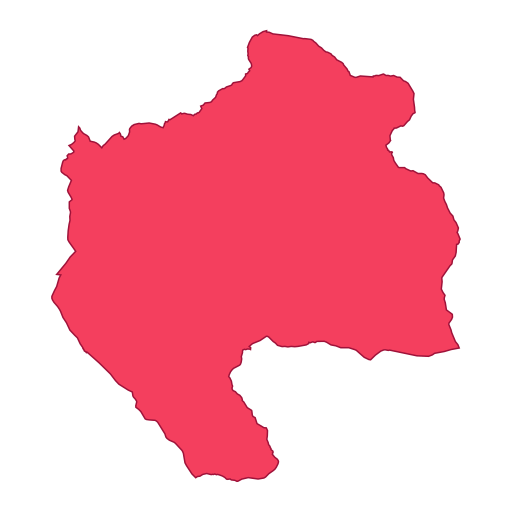 the district of Damuc, Neamt, Romania
{"feature_id": "2599482B61990018095073", "entity_name": "Damuc", "entity_type": "district", "adm_level": 2, "iso_a3": "ROU", "parent_name": "Romania", "parent_adm1": "Neamt", "projection": "equal_earth", "projection_center": [25.893, 46.736], "detail": "fine", "context": "isolated", "style": "filled", "palette": "rose", "viewbox_px": 512, "rotation_deg": 0, "n_neighbors": 0, "source": "geoboundaries", "source_scale": "gbopen_adm2", "svg_char_len": 5950}
<svg xmlns="http://www.w3.org/2000/svg" viewBox="0 0 512 512"><path d="M389.6,350.1L416.9,355.8L428.6,356.3L432.3,354.9L434.6,353.3L444.3,351.5L451.2,349.5L459.2,348.0L457.9,344.7L455.4,341.6L451.7,332.7L451.0,329.9L448.8,324.5L448.9,323.2L451.6,319.4L452.5,317.1L452.3,314.3L446.4,309.9L445.3,302.8L444.2,299.4L444.3,297.8L445.0,295.3L443.0,292.5L441.3,289.1L442.1,281.8L441.8,278.0L442.0,277.3L450.1,265.6L451.7,264.1L452.0,263.3L452.5,259.9L455.3,256.0L456.1,252.4L456.6,244.4L458.0,244.1L459.2,242.4L459.2,241.0L460.1,239.1L457.9,233.7L457.1,232.5L457.8,230.8L458.4,228.0L456.1,222.7L453.9,219.8L452.9,216.1L450.1,213.0L447.5,207.9L446.4,204.5L444.8,201.4L443.6,198.1L444.0,194.8L443.7,192.9L441.0,187.3L439.2,185.7L438.7,184.8L434.8,182.9L432.7,182.8L427.7,178.0L425.3,174.8L423.4,173.8L421.8,173.5L418.0,173.5L413.0,170.7L411.0,171.0L410.3,170.8L405.8,168.7L404.6,167.6L399.1,167.6L398.3,167.2L395.1,162.6L393.8,160.4L393.3,157.6L391.8,155.0L391.6,153.4L392.3,152.4L392.0,151.9L389.5,151.9L388.6,150.3L387.7,150.1L387.5,148.9L386.5,147.4L385.9,145.2L388.9,142.9L390.6,140.4L390.3,139.9L389.9,135.7L392.4,130.4L393.6,129.3L394.1,128.2L396.5,128.0L400.8,125.9L402.7,126.2L403.9,125.6L407.4,121.6L409.5,119.8L411.2,116.1L413.1,113.6L414.9,112.8L415.1,112.4L414.7,110.6L414.5,107.2L413.4,99.3L414.0,93.6L412.8,91.1L408.1,83.3L405.5,81.5L403.5,80.8L400.1,77.3L397.1,77.1L393.6,75.5L390.6,76.1L388.1,75.4L386.0,75.5L383.7,74.1L383.1,74.1L378.7,75.6L376.6,75.4L375.3,75.6L374.7,76.0L373.3,76.0L373.1,76.9L360.3,76.0L356.4,77.3L355.0,77.4L350.3,75.4L348.9,71.6L348.0,71.1L347.0,68.9L343.8,65.2L343.1,63.6L341.6,62.3L336.7,59.8L334.6,57.0L332.1,55.4L331.0,53.9L327.6,52.2L326.1,52.0L323.8,50.4L321.5,47.9L318.6,46.1L315.9,43.0L313.6,41.3L312.9,40.4L311.1,39.4L304.8,38.6L303.4,38.7L288.3,35.7L272.9,33.9L269.3,32.3L266.5,32.0L266.6,30.7L263.1,31.6L259.5,33.8L257.5,35.6L256.6,34.8L254.7,35.3L252.3,37.1L249.4,42.4L247.5,47.5L248.0,48.1L247.8,51.3L248.1,53.7L247.8,55.7L248.5,56.7L248.3,57.9L248.6,59.3L251.3,63.6L251.7,66.1L251.1,67.6L248.9,69.2L249.7,70.7L249.5,71.1L248.3,72.1L247.5,73.5L245.6,74.0L245.6,75.9L243.0,79.4L241.9,80.7L240.0,81.6L233.5,82.7L232.6,83.4L231.7,85.0L230.8,85.5L226.3,87.0L225.4,87.9L224.0,88.7L222.7,88.6L218.7,90.8L217.5,92.1L217.2,93.8L216.5,94.7L215.6,97.3L212.6,100.1L211.5,101.7L210.1,102.4L205.0,103.0L203.3,105.1L200.7,106.1L201.8,108.6L199.3,112.2L198.5,112.8L197.4,112.9L196.2,114.0L194.7,114.3L193.3,115.7L190.8,114.5L187.4,114.2L185.3,113.5L184.2,113.3L181.7,113.9L180.7,112.9L169.9,119.8L169.0,119.4L167.7,121.8L166.5,121.9L165.5,121.6L165.2,122.7L164.5,123.7L164.2,125.3L163.1,127.7L160.8,127.1L157.1,124.9L155.3,124.2L149.2,123.0L141.2,123.8L139.0,123.4L134.0,124.6L133.0,125.5L132.4,125.5L130.8,127.2L129.8,128.6L129.5,129.3L129.6,132.0L128.3,135.7L125.8,138.4L124.1,139.2L122.7,136.7L121.0,136.3L120.4,134.0L119.4,132.5L118.6,133.4L114.2,135.0L112.0,136.5L105.1,144.2L103.2,145.6L101.8,147.8L98.3,144.3L96.2,142.9L94.3,142.1L90.2,141.2L88.5,136.9L86.8,135.4L83.9,133.8L82.8,132.9L80.6,130.4L79.8,128.1L78.6,126.8L78.0,131.8L74.6,136.2L74.8,139.2L75.2,140.5L75.0,141.2L73.8,142.6L71.4,144.5L69.0,145.5L73.9,151.1L73.7,152.2L71.7,153.5L70.5,154.0L68.7,154.0L67.1,155.8L67.6,157.2L67.6,158.4L67.3,158.7L66.6,158.8L65.7,159.9L65.2,159.6L64.1,160.1L63.4,160.6L62.7,162.1L61.1,168.4L61.1,171.1L61.8,172.3L64.7,174.6L66.9,175.7L71.4,180.4L68.7,186.8L67.6,190.3L68.1,192.2L71.3,197.6L72.0,199.2L72.0,199.7L69.3,201.9L69.3,208.4L70.4,211.4L70.5,212.7L69.8,216.4L70.0,220.4L69.1,224.3L68.2,230.7L67.8,237.3L67.9,239.8L69.1,242.0L75.7,251.3L70.2,257.0L65.8,263.4L56.7,274.4L60.8,274.9L59.1,278.1L56.7,286.5L54.5,290.6L51.9,296.3L51.9,298.3L52.5,299.9L54.1,302.5L57.6,306.5L59.4,309.2L60.5,311.2L63.0,317.5L66.5,322.8L69.9,330.1L74.8,335.3L77.4,337.8L80.2,343.8L82.8,347.6L82.8,348.2L83.4,348.7L83.3,349.0L83.9,350.0L84.2,350.1L84.4,351.0L85.9,351.8L86.2,352.5L86.7,352.7L87.0,352.2L87.3,352.3L99.3,363.0L110.4,373.9L115.5,380.6L118.9,384.2L128.1,390.0L132.3,392.0L132.9,395.9L133.6,397.2L135.1,398.8L136.6,401.1L136.7,402.0L135.8,405.7L135.9,407.3L138.6,409.3L140.8,411.5L145.2,418.9L146.5,419.5L149.4,419.9L155.0,420.3L156.4,421.0L157.7,422.2L164.9,433.8L165.9,437.0L167.0,438.4L169.4,440.2L174.2,442.3L175.5,443.4L181.9,450.3L182.6,451.4L183.4,453.4L185.0,462.8L186.5,465.6L192.0,474.0L195.7,477.7L197.5,476.5L199.9,476.2L202.8,474.4L206.7,473.5L211.2,474.6L212.6,474.3L213.4,474.5L214.8,474.0L216.4,474.7L217.4,474.4L219.1,474.8L222.4,476.0L224.9,477.5L226.5,479.1L227.6,479.3L230.1,479.0L231.3,479.9L234.8,480.3L236.9,481.3L237.9,481.2L241.8,479.1L248.2,477.6L258.1,479.0L263.9,478.0L265.6,477.0L268.8,473.7L273.1,470.7L274.9,469.2L276.3,467.2L278.0,463.8L278.5,461.8L278.3,460.9L277.4,459.3L274.8,457.3L272.4,454.4L272.7,453.8L272.5,452.8L273.1,452.2L272.8,451.1L271.0,449.6L271.0,448.6L270.1,447.3L270.0,446.4L268.6,444.6L268.2,442.7L266.8,439.3L267.3,436.0L267.5,430.6L266.3,427.9L263.9,427.7L257.0,423.6L255.1,417.6L253.0,416.5L252.3,415.1L251.8,410.9L251.5,410.3L247.2,407.6L243.8,402.0L242.2,400.5L242.3,399.5L241.7,397.6L239.8,395.3L237.3,393.9L235.4,391.7L233.1,390.6L232.3,389.5L232.0,388.0L232.6,386.1L232.0,384.7L231.4,381.2L229.8,377.8L228.7,376.6L229.3,374.5L230.6,371.7L232.3,369.5L233.6,368.3L239.7,365.1L240.5,364.1L241.2,362.1L241.7,358.9L241.3,356.6L242.5,352.7L242.5,351.0L242.9,349.9L244.4,349.3L245.7,349.6L247.4,349.0L249.7,349.1L250.5,349.5L250.7,347.7L249.2,346.4L252.5,343.6L260.1,340.5L266.3,336.3L267.7,336.4L268.9,337.2L273.2,341.5L275.5,343.1L277.5,345.3L282.1,346.6L284.9,346.4L287.9,346.9L291.2,346.4L294.8,346.7L298.0,346.4L306.2,344.9L308.6,343.6L308.9,342.3L310.1,342.8L312.9,341.8L314.6,342.5L315.3,342.5L316.9,341.4L324.3,341.3L326.6,342.2L331.0,344.9L335.8,345.8L340.7,347.7L348.8,347.7L355.0,349.7L356.3,350.3L364.2,357.3L368.8,359.5L370.6,359.8L375.4,355.1L380.8,351.1L383.8,349.9L385.2,349.8L388.3,350.4L389.6,350.1Z" fill="#f43f5e" stroke="#9f1239" stroke-width="1.5"/></svg>